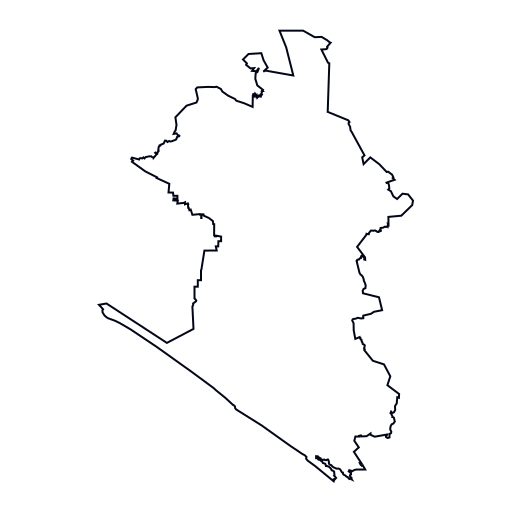 Culiacán, Sinaloa, Mexico
{"feature_id": "50627088B68322081472397", "entity_name": "Culiacán", "entity_type": "district", "adm_level": 2, "iso_a3": "MEX", "parent_name": "Mexico", "parent_adm1": "Sinaloa", "projection": "mercator", "projection_center": [-107.227, 24.655], "detail": "fine", "context": "isolated", "style": "outline", "palette": "ink", "viewbox_px": 512, "rotation_deg": 0, "n_neighbors": 0, "source": "geoboundaries", "source_scale": "gbopen_adm2", "svg_char_len": 5995}
<svg xmlns="http://www.w3.org/2000/svg" viewBox="0 0 512 512"><path d="M321.6,36.9L314.7,37.2L303.2,30.7L279.5,30.7L286.2,47.4L293.3,75.5L265.6,70.6L263.3,71.6L267.7,67.6L263.6,60.3L261.3,53.2L248.5,54.0L243.0,59.5L246.9,63.4L246.1,64.8L250.5,68.4L254.1,68.1L252.1,70.9L256.4,71.2L259.0,67.9L257.5,71.9L255.7,73.1L255.3,78.8L257.3,85.4L262.9,89.8L262.3,90.5L262.7,90.5L263.0,91.0L262.3,91.0L261.5,93.2L261.6,94.0L262.0,94.4L261.8,94.7L261.5,94.3L260.6,94.5L260.5,95.3L260.9,95.6L260.9,96.4L260.6,96.5L260.6,95.8L259.9,95.3L258.5,95.5L259.1,96.1L258.1,95.9L258.1,96.9L257.2,97.8L256.7,95.7L256.1,96.4L255.9,95.7L256.2,94.8L255.1,95.1L255.6,94.4L255.1,93.7L254.8,94.6L254.6,93.7L254.3,94.8L253.8,94.0L253.1,94.3L253.6,96.3L252.8,96.1L252.6,106.9L244.3,103.3L236.3,100.7L235.0,99.0L228.2,95.7L222.4,91.6L220.9,89.0L216.5,86.7L214.8,87.1L208.2,86.9L197.3,87.4L195.7,89.1L197.8,98.3L197.8,99.4L196.5,102.5L186.5,105.7L175.4,117.3L176.5,124.9L175.6,130.4L174.8,131.3L173.7,133.9L176.6,133.4L177.6,134.9L179.3,135.7L179.2,136.2L177.1,136.9L176.2,139.4L174.7,140.2L173.2,140.6L172.5,141.1L170.1,141.5L169.1,141.0L167.4,142.0L166.3,140.7L165.0,140.6L163.7,143.5L160.6,144.8L160.4,145.4L159.6,145.4L159.5,146.2L158.8,146.6L158.2,150.2L158.6,150.4L158.6,151.1L157.8,152.0L157.3,153.5L155.6,152.5L155.2,152.8L156.7,154.2L153.8,157.6L153.8,157.2L153.3,157.6L152.2,157.2L151.3,156.3L149.4,156.3L145.6,157.1L144.5,158.4L143.3,157.4L142.4,158.4L140.3,158.1L139.6,158.4L139.1,159.5L132.0,157.6L131.4,158.5L131.3,159.2L133.1,160.6L132.0,161.8L145.3,171.4L157.0,177.3L156.6,178.0L169.3,183.8L168.5,192.5L173.0,192.6L173.4,195.8L177.4,195.8L177.4,198.7L173.6,198.4L173.3,200.4L177.8,200.7L177.3,203.6L183.8,202.9L185.0,202.3L185.0,204.3L187.9,203.4L188.3,204.3L188.0,205.7L188.2,207.8L188.7,207.8L189.4,210.2L190.7,209.6L192.4,214.8L199.8,214.1L199.9,214.6L201.2,214.4L201.2,218.0L201.5,218.0L201.5,215.0L202.8,214.9L202.8,214.3L203.4,214.3L204.0,215.8L208.9,218.0L212.9,221.1L213.2,224.1L214.2,224.2L214.1,235.4L215.1,235.6L215.0,236.3L216.3,236.3L216.4,235.7L221.1,236.6L221.1,241.2L218.4,241.2L218.2,246.4L215.8,246.4L216.7,250.5L204.4,250.6L201.4,269.6L201.0,270.2L201.0,280.2L197.8,280.2L197.8,286.7L194.5,286.7L194.5,298.5L195.4,299.3L196.3,300.7L196.0,301.3L193.1,303.5L193.2,304.9L192.4,306.6L193.5,328.9L166.9,342.9L106.5,303.5L99.0,304.8L103.1,309.3L102.4,310.3L102.6,312.5L104.6,315.6L106.6,317.3L108.0,318.2L114.9,320.7L119.8,323.1L130.6,329.4L156.3,346.6L191.6,371.8L213.8,388.2L215.8,390.1L225.3,397.8L233.1,405.0L233.8,405.2L235.0,406.5L235.1,408.1L236.1,409.4L261.6,425.4L290.2,445.8L302.2,453.9L304.7,455.2L306.5,457.0L306.1,458.3L306.3,459.0L307.8,460.7L315.2,466.1L333.7,481.3L334.2,479.6L333.4,479.5L334.2,479.0L334.9,479.3L336.1,477.9L333.9,475.4L333.8,475.1L334.2,475.5L334.5,475.3L334.1,471.6L332.8,470.6L331.7,470.3L330.9,468.6L329.3,467.0L327.0,466.0L325.9,466.0L325.6,464.5L325.1,463.7L322.9,463.0L321.8,461.0L320.9,460.8L319.9,459.8L318.6,459.7L316.9,458.0L316.1,458.1L316.1,456.2L317.8,456.3L319.7,458.2L320.4,458.2L320.5,458.7L322.3,459.9L322.9,460.0L324.1,459.5L325.1,460.1L326.6,460.1L327.3,459.5L328.2,459.6L328.9,461.6L328.9,463.4L329.5,464.5L331.4,465.2L331.8,465.9L333.5,467.3L336.4,468.6L338.6,468.6L339.7,469.1L340.3,469.6L341.9,472.3L342.9,472.6L343.1,474.0L343.7,474.7L345.5,475.6L346.4,476.6L347.8,477.1L348.7,478.5L349.4,479.0L350.0,478.6L351.8,479.5L351.5,479.0L351.5,477.7L350.3,476.8L350.0,476.2L350.0,475.2L351.0,474.5L351.0,474.2L350.6,474.3L350.8,472.8L348.7,471.4L349.3,470.2L350.9,470.6L352.0,471.3L354.6,469.9L356.4,469.5L365.2,469.5L362.7,465.2L361.9,465.8L360.6,464.7L359.8,463.1L361.3,463.1L353.9,451.8L358.8,447.4L354.3,440.8L355.4,436.5L359.4,436.5L359.2,435.8L361.0,435.4L361.6,436.4L366.6,436.2L370.5,433.5L370.5,434.8L374.7,436.7L387.1,434.5L386.6,435.7L386.0,436.3L385.9,436.9L386.6,437.5L387.9,438.0L389.5,437.4L389.5,434.3L389.9,433.7L390.6,433.5L391.1,433.0L391.3,431.7L390.3,429.7L390.2,428.9L390.6,426.2L391.7,424.3L393.3,423.6L394.8,421.6L393.9,417.7L392.8,417.0L392.4,417.0L392.5,416.4L391.4,414.4L391.4,413.6L391.1,413.1L390.6,413.0L391.1,411.7L392.2,413.1L394.0,412.2L395.2,410.0L395.0,406.9L395.3,405.5L396.7,403.5L397.3,397.2L398.9,397.8L399.1,394.0L387.4,385.2L390.3,376.3L384.0,364.4L372.9,360.8L364.4,350.3L364.7,349.7L364.2,349.2L364.1,348.6L364.4,348.3L364.2,347.9L364.8,345.7L364.4,344.8L362.7,344.0L362.4,342.3L361.8,341.8L361.5,339.8L361.0,339.7L360.3,338.7L360.4,338.0L359.7,337.8L359.6,337.1L355.3,338.9L353.7,330.3L353.6,323.3L352.2,320.4L352.6,319.5L353.2,319.0L355.6,318.7L357.7,317.8L361.4,318.5L362.6,318.1L363.1,318.3L363.4,318.0L363.1,316.6L363.3,315.6L371.0,313.8L373.9,311.8L382.1,310.2L379.0,297.3L363.0,293.3L362.7,290.8L363.6,288.9L365.4,288.2L365.7,285.4L364.9,282.9L363.8,280.6L363.7,279.3L362.8,276.8L361.5,275.2L360.6,274.7L359.5,272.8L356.6,261.0L357.0,260.8L357.0,260.1L357.5,259.7L359.0,259.5L359.6,258.4L360.9,258.1L361.0,257.3L361.9,256.7L362.2,256.1L361.9,256.5L361.4,256.7L361.1,256.6L361.1,256.3L362.1,255.4L363.4,256.4L364.6,258.9L364.3,259.5L365.2,259.8L365.0,257.3L357.1,246.9L366.3,234.9L366.5,233.8L368.8,234.2L369.1,232.8L370.9,230.6L371.3,230.5L373.4,230.8L374.9,230.4L376.7,231.3L377.3,231.9L378.7,232.0L379.2,231.0L380.0,231.2L380.9,230.8L380.8,230.2L380.1,229.6L380.6,228.8L380.6,228.0L383.0,227.7L385.1,226.6L386.0,227.0L387.1,226.4L387.7,226.9L387.8,226.5L387.5,226.3L388.0,225.1L387.9,224.3L388.5,224.8L388.4,216.9L401.3,215.7L412.2,205.1L413.0,200.6L408.1,194.4L402.5,193.7L397.1,199.0L393.4,196.4L390.9,191.2L388.2,189.6L389.3,188.4L389.0,185.3L388.2,182.8L386.7,183.0L386.5,182.6L394.6,179.8L392.7,178.0L393.4,177.3L392.1,174.7L388.2,171.7L386.7,172.0L379.3,164.2L370.3,157.4L363.6,164.1L362.2,157.3L364.5,155.4L351.6,131.8L350.6,130.4L350.1,126.8L348.6,123.9L348.6,122.9L349.5,122.1L348.3,120.3L327.7,111.9L329.3,63.3L328.0,62.7L321.4,49.5L325.9,49.2L327.0,48.7L327.5,47.7L327.0,47.0L327.1,46.7L330.6,42.7L329.6,42.3L327.1,40.2L321.6,36.9Z" fill="none" stroke="#020617" stroke-width="2"/></svg>